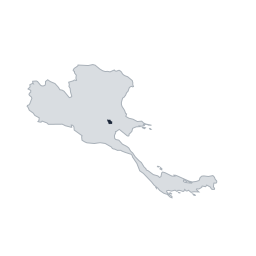 Ban Na, Nakhon Nayok, Thailand (highlighted), rotated 303°
{"feature_id": "78962969B12368211729718", "entity_name": "Ban Na", "entity_type": "district", "adm_level": 2, "iso_a3": "THA", "parent_name": "Thailand", "parent_adm1": "Nakhon Nayok", "projection": "equal_earth", "projection_center": [101.083, 14.274], "detail": "fine", "context": "in_parent", "style": "filled", "palette": "slate", "viewbox_px": 256, "rotation_deg": 303, "n_neighbors": 0, "source": "geoboundaries", "source_scale": "gbopen_adm2", "svg_char_len": 4414}
<svg xmlns="http://www.w3.org/2000/svg" viewBox="0 0 256 256"><g transform="rotate(303 128 128)"><path d="M113.3,23.6L113.5,24.6L114.3,23.3L115.3,22.6L117.5,25.5L117.7,26.8L116.2,31.5L116.4,33.0L117.4,34.3L118.6,35.1L119.8,34.9L122.1,33.5L124.7,34.4L124.6,37.5L125.5,42.5L124.2,47.5L123.0,50.0L123.9,52.2L124.0,54.3L121.5,62.2L122.0,62.8L123.6,63.7L124.2,63.4L126.8,60.3L129.7,57.9L130.7,55.8L132.5,55.1L134.1,53.3L137.9,56.5L138.9,56.8L139.3,57.3L139.5,58.6L140.0,58.9L141.5,57.1L144.1,55.9L145.1,53.1L146.3,52.3L146.2,51.0L146.6,50.5L148.7,50.4L151.9,51.8L153.0,52.1L153.6,51.8L158.7,60.6L162.0,63.9L162.8,66.2L162.1,72.1L162.2,75.5L162.9,78.1L164.3,79.9L165.3,82.4L169.2,84.9L168.9,85.5L169.1,87.1L171.5,89.0L171.7,89.6L171.4,92.0L170.4,93.8L170.1,95.3L170.2,97.1L170.8,99.9L170.1,105.7L168.7,107.3L166.8,108.5L165.8,110.0L165.1,109.6L164.7,108.0L162.7,107.1L158.8,108.0L156.8,107.6L154.2,108.1L151.6,107.9L150.1,107.2L145.9,108.5L144.1,109.7L142.8,111.3L140.9,115.5L138.9,118.1L139.0,119.2L136.5,119.9L136.7,123.5L138.1,127.4L138.5,132.3L141.2,135.8L140.7,138.3L141.0,140.7L143.1,146.2L141.6,143.6L141.3,141.8L139.5,139.0L138.9,140.4L136.8,138.3L135.9,136.3L135.6,137.2L133.5,134.3L131.4,132.8L130.2,132.1L127.2,133.1L123.4,132.3L122.0,133.0L121.4,132.6L121.0,131.7L122.1,121.4L118.8,120.1L118.2,119.5L117.5,120.2L114.3,120.7L112.0,122.5L111.7,124.1L112.8,126.9L111.4,132.1L111.9,136.9L111.7,139.5L110.0,142.9L109.6,145.6L107.8,149.7L106.6,154.9L106.3,158.0L104.1,162.6L103.6,165.2L102.8,166.2L103.1,168.2L102.7,174.6L104.1,179.2L103.7,181.4L105.2,182.1L108.8,180.7L110.0,181.1L110.7,183.6L111.6,191.2L113.1,193.5L113.5,192.3L114.2,193.5L114.7,195.8L116.6,207.8L117.6,210.9L116.4,210.1L115.8,206.3L114.8,206.2L115.1,203.8L114.5,202.9L113.4,203.6L113.4,205.5L116.3,211.4L118.0,211.6L120.2,214.2L122.7,216.2L125.7,215.5L127.8,216.1L129.1,217.7L131.1,221.8L134.3,225.1L133.8,227.3L132.5,229.0L131.9,231.2L131.0,231.9L129.8,231.9L128.5,230.0L125.2,231.7L124.5,233.5L123.7,233.9L122.3,232.0L122.4,230.9L123.3,229.3L123.0,225.1L121.1,225.1L119.8,222.0L119.4,221.7L118.5,222.2L115.4,220.7L114.5,218.8L113.6,218.9L113.0,222.3L110.3,217.8L108.4,216.0L108.7,212.6L107.4,211.9L106.9,211.0L107.4,209.0L105.6,209.3L104.8,208.8L103.8,205.2L102.9,203.8L101.8,203.8L101.4,203.1L101.5,201.3L98.7,198.8L97.8,196.0L96.5,194.7L95.6,195.1L94.8,197.1L94.1,197.0L93.5,196.4L92.8,193.6L92.9,188.6L93.8,185.7L94.3,181.0L95.6,177.1L98.3,165.7L98.5,161.2L103.1,154.8L106.2,147.5L107.2,146.5L107.7,145.1L106.1,139.2L105.3,135.2L105.4,134.1L103.5,131.3L103.0,128.2L102.5,127.2L102.3,126.1L103.0,124.3L102.6,117.3L100.5,112.6L96.6,108.1L93.2,101.6L92.8,99.3L92.7,96.1L95.4,93.9L96.5,93.7L97.0,84.0L99.4,82.1L99.9,81.3L100.1,79.7L99.6,78.8L98.0,80.4L97.7,80.0L95.8,74.3L95.4,70.8L87.7,59.2L88.1,57.2L87.0,52.2L85.9,52.1L85.1,51.2L84.3,49.0L85.8,49.2L88.2,48.0L87.8,43.1L88.9,40.3L89.1,35.6L90.9,32.9L91.2,31.6L92.2,31.4L93.5,32.4L94.9,32.4L100.6,31.2L101.4,30.0L101.7,27.5L102.3,26.6L103.6,26.4L105.1,26.9L106.6,25.9L106.3,22.9L109.1,23.5L110.9,22.1L113.3,23.6ZM94.9,198.4L94.5,202.2L93.4,202.9L93.0,200.8L93.7,197.3L94.0,198.1L94.9,198.4ZM112.5,176.8L112.3,178.6L111.3,179.1L111.1,177.1L112.5,176.8ZM136.6,139.9L137.7,142.5L136.4,142.2L136.1,139.8L136.6,139.9ZM108.1,221.1L107.5,220.0L108.0,218.3L108.5,220.4L108.1,221.1ZM96.7,198.9L96.5,200.9L95.9,198.1L96.7,198.9ZM112.5,175.2L112.0,174.9L111.6,173.8L112.2,173.8L112.5,175.2ZM101.4,204.9L102.1,207.3L101.4,206.2L101.4,204.9ZM139.6,146.6L139.5,148.1L138.9,147.5L139.2,146.4L139.6,146.6ZM93.6,184.1L93.0,184.6L93.5,183.2L93.6,184.1Z" fill="#d9dde1" stroke="#a8b0b8" stroke-width="1"/><path d="M124.2,108.4L124.1,108.2L124.0,107.9L123.9,107.9L123.7,107.8L123.4,107.8L123.3,107.7L123.2,107.6L123.2,107.4L123.1,107.5L123.1,107.8L123.1,108.0L123.0,108.3L122.9,108.4L122.9,108.5L122.9,108.4L122.9,108.5L122.7,108.7L122.7,108.8L122.6,109.0L122.4,109.0L122.2,109.1L122.1,109.3L121.9,109.4L121.9,109.5L122.0,109.5L121.9,109.5L121.9,109.8L122.0,109.8L122.1,110.0L122.3,110.2L122.4,110.3L122.4,110.5L122.5,110.5L122.8,110.7L122.8,110.8L122.9,111.0L123.0,111.3L123.2,111.1L123.5,111.0L123.5,110.9L123.5,110.7L123.7,110.4L123.7,110.2L123.7,110.3L123.8,110.2L123.8,110.3L123.8,110.2L123.9,110.3L123.9,110.2L123.8,109.9L123.8,109.7L124.0,109.5L124.0,109.4L123.9,109.4L123.8,109.2L124.0,109.0L124.0,108.9L124.0,108.7L124.1,108.4L124.2,108.4Z" fill="#64748b" stroke="#1e293b" stroke-width="1.5"/></g></svg>